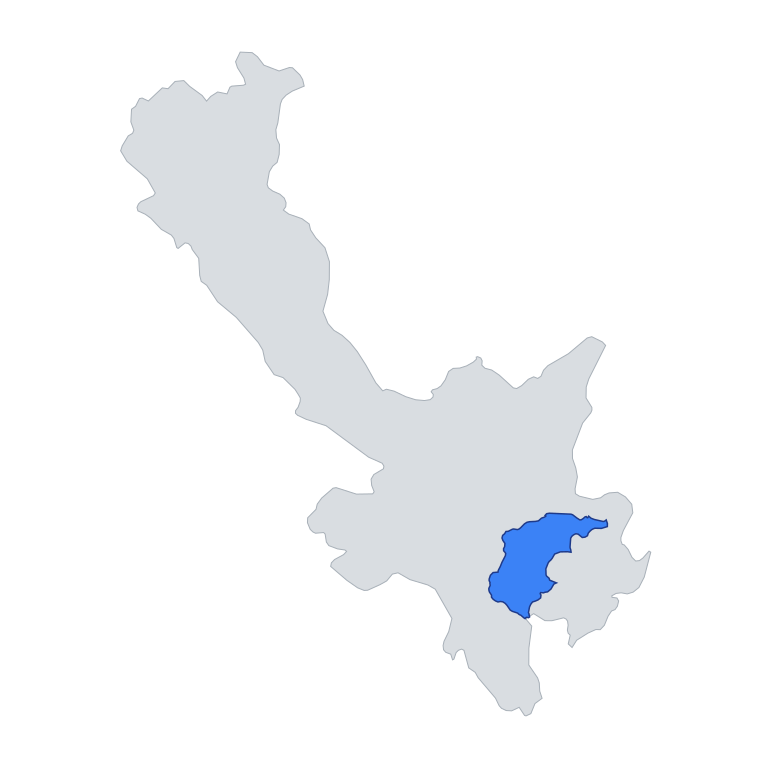 location of Oudômxai within Laos, rotated 183°
{"feature_id": "LAO-3290", "entity_name": "Oudômxai", "entity_type": "Province", "adm_level": 1, "iso_a3": "LAO", "parent_name": "Laos", "parent_adm1": "", "projection": "orthographic", "projection_center": [101.644, 20.521], "detail": "fine", "context": "in_parent", "style": "filled", "palette": "blue", "viewbox_px": 768, "rotation_deg": 183, "n_neighbors": 0, "source": "natural_earth", "source_scale": "10m", "svg_char_len": 5557}
<svg xmlns="http://www.w3.org/2000/svg" viewBox="0 0 768 768"><g transform="rotate(183 384 384)"><path d="M252.2,68.8L256.2,76.1L274.6,95.6L277.8,100.8L284.5,104.9L290.2,122.2L292.6,123.3L295.7,122.0L297.9,119.6L299.8,112.9L301.1,112.1L303.2,117.7L308.3,119.3L310.6,121.7L311.3,125.9L310.6,130.2L306.4,140.1L303.9,153.4L322.1,181.8L329.7,185.6L347.8,190.0L360.1,196.2L365.7,194.6L371.0,187.5L377.5,183.4L389.5,177.2L393.0,176.8L399.7,179.1L410.8,186.0L427.7,199.0L427.2,202.6L424.2,206.1L415.4,211.5L412.6,214.9L414.3,216.2L421.8,216.9L430.6,219.7L433.3,223.2L434.9,231.0L436.5,232.5L444.6,231.4L447.2,232.5L450.1,235.0L453.2,241.5L453.2,246.4L445.3,255.3L444.4,260.5L440.3,266.8L429.4,277.3L426.4,278.0L405.8,272.6L389.5,273.7L388.2,275.9L391.0,282.1L391.9,288.3L389.4,293.1L380.1,299.3L379.8,302.0L381.7,304.8L395.5,310.1L439.7,339.3L459.7,344.6L468.6,348.2L470.9,350.2L470.9,352.8L468.6,356.2L466.8,362.1L466.8,365.6L469.0,369.0L472.6,374.0L485.1,385.1L494.2,387.6L503.8,400.3L506.9,411.6L511.7,418.8L535.0,442.8L554.5,457.4L566.2,473.3L571.9,476.9L573.7,482.7L575.6,499.8L582.5,508.2L584.0,511.6L586.9,514.1L590.1,514.5L596.7,508.6L598.1,509.4L601.4,518.4L604.2,521.6L614.5,526.8L625.5,537.3L631.4,541.1L638.8,544.0L639.9,547.4L638.6,550.9L636.4,553.3L624.0,560.0L622.4,562.8L631.1,576.5L652.4,593.0L659.2,603.1L657.9,608.1L652.4,618.4L648.2,621.2L647.1,624.4L650.5,632.5L650.5,645.2L646.6,648.3L643.1,656.2L640.5,656.9L634.1,654.3L620.9,668.1L615.1,667.6L608.5,675.2L599.8,676.5L593.7,671.1L580.7,662.6L576.0,657.2L572.1,662.1L565.4,666.9L555.9,665.5L553.4,672.3L551.6,673.5L540.1,675.0L537.9,676.1L539.9,682.2L546.9,692.2L549.1,698.1L545.0,707.9L533.0,708.0L527.5,704.2L520.6,696.1L505.2,691.1L495.0,695.1L491.9,695.0L484.1,688.2L481.2,683.8L479.3,677.3L490.9,671.7L496.8,667.4L500.6,662.9L502.1,658.3L503.7,639.1L505.3,632.3L504.2,624.0L500.9,617.6L500.7,607.8L502.3,599.8L506.6,595.7L509.6,590.0L511.2,577.2L509.8,573.9L505.3,570.9L497.9,568.1L493.3,564.4L491.3,559.9L491.4,555.9L493.6,552.4L488.0,548.7L474.6,544.8L467.1,539.9L465.4,534.0L459.8,526.4L450.1,517.0L444.9,503.3L444.1,485.3L445.0,470.6L448.8,453.5L443.1,441.4L436.9,435.0L428.4,430.4L420.2,423.7L412.4,415.0L403.1,402.0L392.2,384.7L384.9,377.1L381.3,378.9L373.5,377.4L361.7,372.5L351.5,369.9L342.7,369.6L337.0,370.8L334.4,373.5L334.2,376.1L336.5,378.7L335.3,380.7L330.7,382.2L327.0,385.1L323.0,391.5L320.1,399.9L315.8,403.2L309.1,403.9L302.5,406.4L296.0,410.5L293.0,413.6L293.3,415.7L291.9,416.2L288.7,415.0L287.2,412.3L287.3,407.9L284.0,405.0L277.2,403.6L269.4,398.9L254.7,386.9L251.3,386.4L246.4,389.6L240.1,396.3L234.9,399.0L230.8,397.6L227.6,400.0L225.4,406.1L221.3,410.9L201.4,423.9L183.5,440.6L179.0,442.1L168.1,437.4L164.7,434.1L179.7,399.9L181.9,391.6L181.5,380.6L175.2,371.5L175.0,368.8L176.0,366.0L183.6,355.4L192.4,328.1L191.9,319.6L188.1,310.2L186.0,301.3L187.7,289.3L187.1,284.5L183.0,282.2L169.5,279.7L161.7,281.7L158.0,284.9L153.5,287.0L145.0,288.1L137.0,283.9L130.3,276.9L128.8,268.4L137.3,250.2L139.4,243.1L139.2,239.8L137.7,236.3L135.7,235.9L131.5,231.5L127.3,223.9L123.4,220.4L119.7,221.0L116.3,223.8L110.6,231.0L108.8,230.0L114.0,204.8L118.8,194.1L124.3,189.2L130.1,187.1L136.2,187.9L141.3,187.0L145.4,184.4L145.1,182.9L140.2,182.5L138.3,179.6L139.3,174.3L141.5,170.8L144.9,169.2L148.1,163.8L151.3,154.6L155.2,150.0L159.6,149.9L167.3,145.9L178.2,138.2L182.4,130.7L186.4,134.1L184.9,142.9L187.0,144.7L188.0,147.8L187.5,152.7L188.3,156.9L190.0,158.9L192.4,159.9L203.9,156.4L210.9,156.1L222.5,162.5L229.3,157.8L229.4,156.0L223.8,150.0L225.5,127.8L224.7,111.0L215.2,98.5L213.3,93.6L212.4,85.4L209.7,78.4L216.5,72.8L220.1,62.5L224.8,60.0L226.3,60.4L232.1,68.2L239.4,64.3L244.9,64.3L249.7,66.3L252.2,68.8Z" fill="#d9dde1" stroke="#a8b0b8" stroke-width="1"/><path d="M229.0,158.5L229.6,158.4L230.2,158.0L230.6,157.5L230.8,157.1L232.1,157.8L235.3,160.3L236.6,160.7L237.7,161.4L238.5,162.2L244.0,163.7L246.2,164.9L249.5,169.3L251.5,171.3L254.0,172.7L256.4,172.9L258.8,172.3L261.3,173.2L263.7,174.7L265.5,176.7L265.6,178.8L267.9,181.9L268.5,183.8L268.6,185.4L267.4,188.5L267.8,190.3L267.7,191.3L268.3,192.3L268.8,193.6L268.7,195.1L267.7,198.6L265.2,201.4L260.3,202.1L260.1,203.9L258.3,207.9L256.9,212.0L253.8,218.9L253.6,221.2L254.6,222.5L255.8,223.7L256.0,225.8L255.0,227.9L254.9,231.1L257.1,234.0L258.1,236.4L257.6,239.0L255.7,240.8L254.5,243.1L252.2,243.4L248.2,245.7L247.0,246.0L243.1,245.6L241.8,246.1L240.1,247.5L236.4,251.7L234.0,253.4L231.4,254.1L225.6,254.7L222.7,255.4L221.9,256.1L219.8,258.2L219.0,258.6L217.9,259.0L216.4,259.7L215.5,260.6L216.3,261.2L214.8,263.0L212.1,263.6L190.5,263.8L188.8,263.3L184.1,260.1L182.8,259.4L182.2,259.0L181.4,258.6L180.5,258.6L179.8,258.8L178.0,260.1L176.3,261.8L175.1,262.2L174.1,261.1L173.6,261.1L173.4,261.5L172.9,262.2L172.7,262.7L170.2,260.8L166.8,259.7L158.1,258.2L157.1,258.3L156.2,258.8L155.0,259.9L153.6,256.4L153.5,253.3L159.3,251.2L165.9,251.0L167.5,250.3L169.0,249.4L170.7,247.7L172.2,245.8L172.9,243.1L175.2,241.6L178.0,241.1L182.2,244.2L184.6,244.5L186.8,243.3L188.5,241.7L189.5,239.8L189.7,231.3L189.6,230.1L188.9,228.4L188.5,226.6L188.4,225.8L191.9,226.1L199.1,225.6L204.7,223.1L207.0,218.6L208.3,216.8L209.7,215.5L210.7,213.9L212.7,207.9L212.2,201.9L211.6,200.7L209.0,198.7L208.3,196.8L201.4,194.4L203.9,193.1L206.5,188.0L209.7,185.0L212.5,184.4L213.6,183.8L216.7,183.9L217.1,182.7L216.2,181.5L216.4,178.6L218.8,176.5L221.6,175.1L224.3,174.1L225.9,171.7L227.0,169.0L227.8,163.2L227.0,161.7L227.1,161.0L226.6,159.9L226.4,159.0L227.4,158.2L229.0,158.5Z" fill="#3b82f6" stroke="#1e3a8a" stroke-width="1.5"/></g></svg>